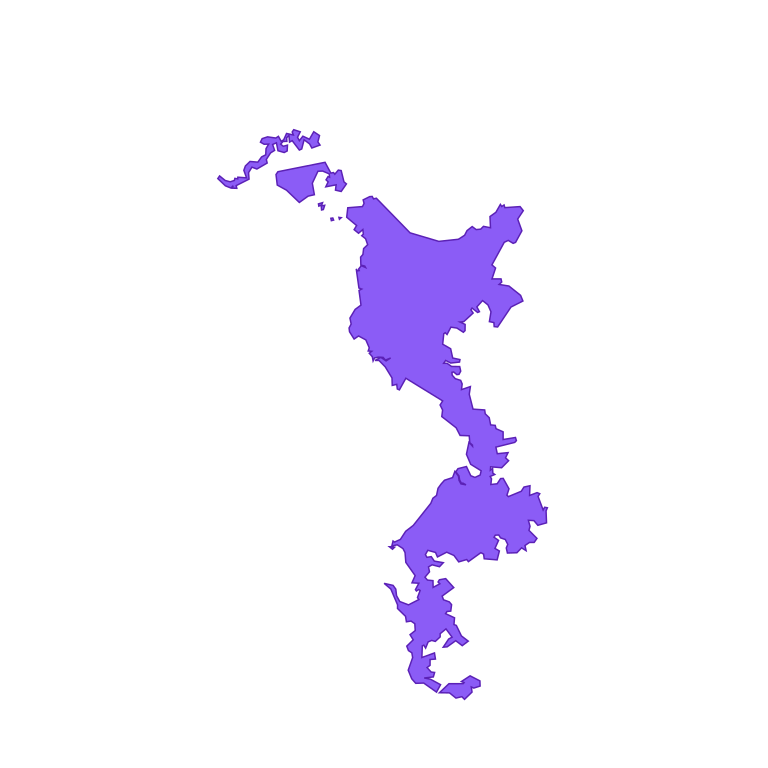 outline of Chiriquí Grande, Bocas del Toro, Panama, rotated 216°
{"feature_id": "35544464B7059792376072", "entity_name": "Chiriquí Grande", "entity_type": "district", "adm_level": 2, "iso_a3": "PAN", "parent_name": "Panama", "parent_adm1": "Bocas del Toro", "projection": "albers", "projection_center": [-82.202, 9.003], "detail": "fine", "context": "isolated", "style": "filled", "palette": "violet", "viewbox_px": 768, "rotation_deg": 216, "n_neighbors": 0, "source": "geoboundaries", "source_scale": "gbopen_adm2", "svg_char_len": 6178}
<svg xmlns="http://www.w3.org/2000/svg" viewBox="0 0 768 768"><g transform="rotate(216 384 384)"><path d="M160.4,165.6L161.5,174.0L172.7,172.5L178.7,169.8L171.9,176.0L173.5,180.4L176.5,178.7L182.5,179.9L181.4,183.5L184.8,188.2L180.7,191.7L185.1,196.1L192.6,185.0L199.1,194.7L198.3,196.1L195.1,194.8L196.7,201.3L194.7,204.6L191.2,205.9L189.9,212.4L191.8,215.0L189.9,222.3L180.1,219.2L181.8,215.7L181.4,205.9L178.4,208.5L175.1,218.5L166.9,218.3L164.7,225.5L173.3,225.7L183.6,231.2L186.0,230.5L189.5,236.3L199.2,234.4L199.3,237.0L196.5,239.5L199.6,245.2L203.1,246.1L209.0,244.4L212.3,246.6L207.9,260.3L219.7,262.8L224.1,258.2L223.9,255.6L221.4,255.2L224.7,248.3L228.8,253.7L233.6,250.9L237.3,251.8L236.8,258.8L240.5,262.2L238.8,266.0L231.7,268.8L231.0,274.3L239.2,270.3L244.3,272.1L247.4,269.0L250.2,270.3L250.8,275.2L243.3,278.0L239.1,275.5L234.4,284.8L226.6,286.4L219.0,284.0L213.9,290.6L211.3,289.9L206.5,304.5L203.4,304.9L200.2,301.5L189.1,308.2L192.5,316.7L197.6,316.2L199.4,324.8L204.9,324.7L205.1,327.1L202.4,329.3L199.3,328.0L194.5,329.5L189.6,327.0L188.7,323.2L184.8,319.8L177.3,325.6L176.4,332.3L171.1,332.7L175.0,336.2L173.2,341.3L169.4,344.1L169.5,349.0L180.7,350.8L182.2,354.7L187.1,358.6L182.4,361.6L176.5,360.1L170.9,367.2L178.3,376.6L179.1,379.9L181.6,378.7L181.2,375.6L193.3,383.6L193.5,386.8L196.3,386.1L200.7,379.4L206.1,387.5L210.2,382.9L209.9,377.9L217.2,366.0L219.2,366.3L221.3,372.7L232.1,377.7L234.1,376.0L233.8,369.8L238.5,365.5L241.3,370.5L243.8,371.6L241.2,375.9L243.6,375.9L246.5,379.5L247.3,376.8L249.1,379.7L239.6,385.4L238.1,395.2L242.3,395.7L243.3,401.4L251.4,394.2L256.4,398.7L243.9,413.6L243.6,416.0L246.2,418.0L255.0,409.1L259.5,415.3L267.1,413.7L269.7,415.9L273.7,413.6L279.1,418.6L284.6,419.4L287.3,422.2L297.2,416.0L309.0,425.8L312.6,432.7L318.0,425.0L320.8,430.0L324.1,432.0L329.5,430.2L334.0,431.2L335.9,433.4L334.7,434.7L330.6,434.4L329.0,435.9L329.5,439.5L333.0,442.6L339.7,437.9L345.1,437.8L347.9,435.8L348.0,439.3L342.3,440.2L335.8,446.1L336.9,448.4L343.7,445.4L350.8,451.7L359.9,450.7L365.2,459.8L364.6,461.5L362.1,461.1L363.3,469.3L357.9,472.1L350.2,472.5L349.8,474.8L353.4,479.9L359.0,478.8L356.1,481.4L353.6,493.8L357.3,495.1L357.4,497.2L350.3,496.9L349.3,498.6L354.2,501.0L353.3,509.4L346.4,509.1L339.9,505.3L335.4,496.4L331.2,498.3L328.6,495.2L325.6,496.9L326.5,520.9L320.4,532.8L325.6,536.0L340.5,536.7L349.4,532.2L348.7,535.7L351.1,537.8L358.4,532.5L361.9,543.4L366.7,543.8L370.0,569.3L367.9,573.2L362.2,573.7L360.8,575.9L362.5,589.0L372.8,596.0L373.2,606.1L378.2,607.5L389.9,597.7L392.1,599.4L393.1,596.8L395.4,597.7L394.4,588.7L396.7,581.8L389.7,573.0L396.2,570.0L396.8,566.1L400.2,563.1L405.2,563.2L407.0,556.9L406.2,551.7L408.9,544.8L423.5,531.6L451.8,521.6L499.4,529.8L501.3,527.6L503.8,528.8L505.7,527.2L509.1,520.7L506.3,518.4L505.7,514.9L516.9,505.3L512.2,497.0L499.3,496.1L498.9,491.3L493.2,491.0L491.9,496.5L488.8,493.1L489.2,490.9L484.3,490.7L479.1,487.1L480.1,481.6L477.2,476.4L477.5,472.9L472.6,466.6L468.9,468.1L467.4,467.4L471.9,466.4L472.1,462.0L470.7,461.2L472.0,459.9L474.1,460.8L460.7,446.9L457.9,447.7L459.2,445.0L449.0,434.3L451.2,427.4L450.3,417.3L445.8,413.2L445.2,408.8L442.6,406.0L434.6,402.8L432.8,407.9L424.6,409.0L417.2,404.6L416.2,401.4L413.2,403.2L414.0,400.2L409.5,399.2L406.4,396.3L407.0,399.5L404.4,402.4L400.4,405.0L396.9,404.2L393.9,409.0L395.9,403.9L402.2,403.7L405.1,397.8L401.9,400.1L393.1,398.6L381.1,393.6L376.5,387.7L373.5,391.2L370.3,387.8L368.1,388.3L369.7,401.5L326.6,404.8L326.3,400.0L321.3,397.4L318.1,391.6L299.9,391.0L292.2,387.1L284.6,392.2L280.1,386.9L276.6,386.6L275.8,385.7L280.0,386.6L281.5,387.9L276.0,375.6L266.7,370.0L254.4,370.9L252.7,366.9L255.5,361.9L259.9,360.8L268.8,365.7L274.4,359.0L274.3,355.2L269.3,353.7L266.4,350.8L263.0,349.2L261.9,350.2L258.4,350.6L263.0,348.4L266.6,350.1L269.6,353.2L275.3,355.0L273.5,348.6L278.5,341.7L279.0,336.8L279.0,331.4L276.0,324.7L277.3,320.3L276.0,315.0L277.2,286.8L279.9,277.6L279.4,267.9L282.6,262.3L284.4,262.3L282.2,256.9L284.0,255.5L280.0,255.3L279.5,258.1L281.0,257.2L281.5,258.7L278.7,261.7L271.9,262.0L267.9,260.0L261.5,252.5L246.2,247.3L244.5,239.6L238.7,243.3L237.7,236.1L236.1,235.6L235.1,238.1L233.4,238.2L231.4,230.9L229.1,230.1L234.4,219.7L243.4,217.3L249.4,220.1L253.9,225.0L258.3,226.4L266.7,222.8L257.9,222.1L243.2,213.3L241.1,210.3L230.0,208.7L226.1,204.8L222.8,208.1L218.2,208.2L213.8,202.9L215.6,196.5L210.0,194.2L211.5,185.3L207.5,182.7L203.5,182.9L200.0,179.5L196.2,166.7L188.3,161.8L182.4,160.5L176.1,165.4L160.4,165.6ZM576.8,483.5L559.2,481.1L555.8,491.4L551.6,496.2L560.0,504.3L562.5,517.3L558.8,520.2L551.8,521.8L549.6,519.3L551.2,518.9L550.9,515.1L548.0,514.7L547.0,509.3L539.8,517.0L537.2,512.3L531.8,514.6L532.0,523.8L535.2,524.0L544.1,531.5L546.7,530.2L547.1,524.8L549.1,525.4L551.0,523.4L562.0,528.7L594.6,493.4L594.5,490.0L587.3,482.2L576.8,483.5ZM639.2,452.5L628.8,451.1L622.9,452.6L622.6,455.8L621.8,453.3L618.1,455.8L620.2,457.6L613.6,470.4L617.8,475.4L618.3,481.8L613.2,483.2L608.4,494.1L611.2,496.5L611.6,504.3L609.8,508.7L614.9,512.3L612.8,515.9L606.9,510.4L600.8,512.6L599.3,515.6L602.5,520.5L605.2,517.1L608.6,517.3L608.2,520.9L605.2,523.2L607.5,526.0L607.0,529.2L602.6,524.2L601.3,526.9L590.0,523.5L588.7,525.8L592.2,534.6L585.3,534.5L581.1,532.5L576.2,539.7L579.8,541.0L582.2,547.1L589.1,546.8L588.2,538.2L595.3,536.8L595.5,531.1L599.0,532.8L600.0,538.8L606.5,536.7L606.4,533.9L603.7,532.2L610.1,529.4L608.7,522.6L609.8,519.9L615.0,522.3L616.1,519.4L623.5,515.5L626.8,510.9L626.1,507.0L621.9,507.5L618.3,510.3L617.8,505.1L614.4,499.9L616.5,495.8L616.5,489.3L623.2,485.3L624.3,478.9L623.0,474.5L616.4,470.0L623.8,465.4L622.9,464.0L625.5,462.7L624.7,460.7L627.3,457.2L632.1,455.3L639.3,455.7L639.2,452.5ZM131.9,200.2L142.8,198.5L146.5,188.8L143.7,189.5L143.8,188.1L155.3,179.7L157.7,166.8L149.5,172.6L141.2,172.2L137.2,176.8L133.5,176.2L131.7,186.5L135.3,190.2L132.6,190.8L128.7,196.1L131.9,200.2ZM537.0,493.7L539.5,491.2L536.8,488.1L535.6,489.5L537.0,493.7ZM540.3,494.6L542.9,491.2L541.3,489.6L539.6,492.2L540.3,494.6ZM523.0,488.2L524.4,486.8L522.6,485.2L521.1,487.0L523.0,488.2ZM516.4,493.4L518.4,492.3L516.9,491.1L516.4,493.4Z" fill="#8b5cf6" stroke="#5b21b6" stroke-width="1.5"/></g></svg>